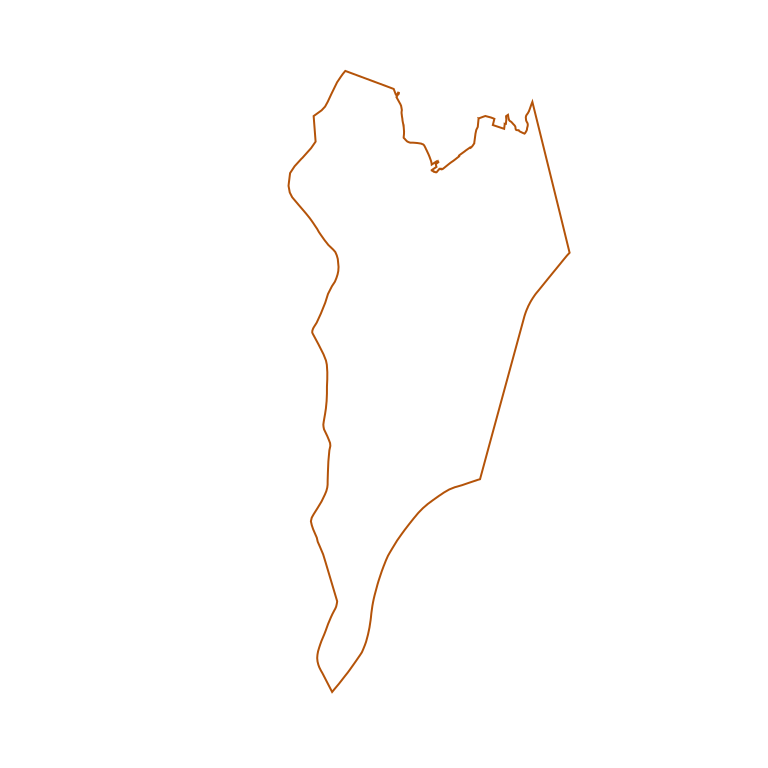 outline of Nissewaard, Zuid-Holland, Netherlands, rotated 105°
{"feature_id": "6326949B99166140133178", "entity_name": "Nissewaard", "entity_type": "district", "adm_level": 2, "iso_a3": "NLD", "parent_name": "Netherlands", "parent_adm1": "Zuid-Holland", "projection": "natural_earth1", "projection_center": [4.253, 51.828], "detail": "fine", "context": "isolated", "style": "outline", "palette": "amber", "viewbox_px": 768, "rotation_deg": 105, "n_neighbors": 0, "source": "geoboundaries", "source_scale": "gbopen_adm2", "svg_char_len": 5920}
<svg xmlns="http://www.w3.org/2000/svg" viewBox="0 0 768 768"><g transform="rotate(105 384 384)"><path d="M73.1,313.7L75.9,314.0L81.0,314.4L82.8,314.6L83.2,314.6L83.4,314.7L83.9,314.8L85.1,315.1L87.2,315.9L87.8,316.1L88.0,316.1L88.6,316.1L89.3,316.1L89.9,316.0L90.4,315.8L91.2,315.5L92.5,315.0L93.5,314.3L93.9,313.9L94.8,313.0L95.1,312.8L95.3,312.7L95.5,312.6L95.8,312.4L96.5,312.2L96.9,312.1L97.2,312.1L97.5,312.0L98.0,312.0L98.8,312.0L99.8,312.0L101.1,311.8L101.4,311.8L101.7,311.8L102.5,311.9L103.2,312.1L104.3,312.4L104.7,312.5L105.4,312.8L105.8,313.1L105.5,315.2L105.0,317.8L104.8,318.6L104.6,318.9L104.5,319.0L104.1,319.4L104.0,319.6L104.1,320.0L104.3,320.6L104.4,321.4L104.4,321.8L104.3,322.1L104.1,322.4L104.1,322.5L103.8,322.7L103.1,323.1L102.5,323.3L101.7,323.6L101.1,324.1L100.6,324.6L100.0,325.5L99.7,326.1L99.4,326.5L99.1,327.0L98.3,328.2L97.9,328.9L97.7,329.4L97.4,330.5L97.0,331.1L96.9,331.3L96.0,331.9L95.4,332.3L94.6,332.7L93.8,333.1L92.3,333.7L91.9,333.9L93.7,335.4L94.7,335.1L95.5,334.8L96.8,334.3L97.1,334.2L97.5,334.2L101.2,333.6L101.4,334.2L101.5,334.4L101.4,334.5L101.4,334.8L102.1,334.6L104.9,334.2L106.4,334.0L105.7,345.9L99.7,346.0L99.3,346.0L99.1,347.6L99.0,348.7L98.9,349.5L98.9,350.9L98.9,355.0L98.9,355.5L99.0,355.6L100.0,357.1L101.7,359.5L102.9,361.2L102.9,361.3L103.2,361.1L103.5,361.3L111.2,360.0L111.7,360.0L114.0,360.5L114.4,360.6L115.2,360.6L119.0,360.4L119.4,360.3L127.9,359.2L128.2,359.1L128.4,359.2L130.8,360.0L132.3,360.7L133.4,361.4L133.5,361.5L133.2,361.8L133.5,362.1L133.4,362.2L137.8,365.9L138.1,366.0L138.8,366.6L142.6,369.7L143.5,370.4L144.0,370.7L144.5,370.3L145.0,370.6L146.4,371.7L148.3,373.1L150.5,374.8L152.1,376.2L153.2,377.1L154.0,377.7L155.2,378.6L159.6,381.8L160.8,382.7L161.1,382.9L161.4,383.3L161.6,383.6L161.7,383.9L161.8,384.1L161.7,384.3L161.4,384.4L161.5,384.6L161.8,385.2L161.6,385.2L161.5,385.3L161.5,385.5L161.6,385.8L161.7,386.0L161.8,386.1L162.1,386.3L165.6,387.9L165.8,388.0L166.0,388.3L166.1,388.6L166.1,389.0L166.1,389.5L166.0,389.4L165.4,392.7L165.5,392.7L165.4,393.2L165.1,393.3L160.7,389.5L159.4,390.3L158.2,390.9L155.7,388.9L155.5,389.0L155.3,389.3L154.8,389.7L155.1,389.9L155.7,390.1L156.3,390.6L155.6,391.1L159.7,394.7L158.9,395.0L157.7,395.6L157.1,395.9L156.1,396.5L152.5,399.0L152.0,399.4L150.7,400.4L146.9,403.6L146.4,404.1L145.9,404.5L145.5,404.8L143.6,406.5L143.1,407.0L142.8,407.5L142.7,407.7L142.5,408.1L142.4,408.3L142.4,408.5L142.4,408.9L142.3,409.7L142.2,410.1L142.2,410.6L142.3,411.3L142.4,412.3L142.6,414.1L142.8,415.3L143.3,418.0L143.6,419.3L144.0,420.6L144.0,420.9L144.1,421.2L144.1,421.4L144.0,422.8L144.0,423.1L143.9,423.4L143.8,423.8L143.8,424.1L143.7,424.3L143.6,424.6L143.4,425.0L142.3,426.8L141.8,427.5L141.4,428.2L141.2,428.6L140.9,428.8L137.3,429.4L136.1,429.7L135.4,429.9L134.8,430.0L134.3,430.2L130.9,431.4L129.7,431.8L129.8,431.9L127.5,432.9L127.2,433.1L126.8,433.3L126.2,433.6L124.7,434.3L123.9,434.6L122.6,435.1L121.8,435.5L120.9,435.9L120.4,436.1L119.1,436.6L118.5,436.9L117.3,437.3L116.2,437.5L115.5,437.6L115.0,437.6L114.7,437.7L114.2,437.9L113.2,438.4L112.9,438.5L111.1,439.4L110.8,439.5L110.4,439.9L109.7,440.4L103.8,446.1L103.6,446.0L103.4,446.2L101.0,445.5L100.5,445.2L100.3,445.1L100.1,445.5L99.9,445.4L99.8,445.2L99.6,445.0L99.6,444.9L99.2,444.9L98.9,445.0L98.9,445.7L99.0,445.7L99.1,445.8L99.6,445.9L99.9,446.0L100.6,446.2L101.3,446.4L101.7,446.6L101.5,447.4L96.5,451.0L96.1,454.9L91.6,502.4L95.1,504.0L98.6,505.3L104.7,507.4L117.5,509.9L126.0,511.4L131.3,512.7L135.8,515.1L143.4,521.3L167.6,512.8L175.1,515.5L186.8,521.4L187.7,522.0L196.8,526.7L204.6,529.3L214.7,527.9L217.3,527.5L223.4,524.6L227.4,521.0L233.1,512.8L239.4,503.6L240.7,501.8L243.2,498.4L245.6,495.5L246.7,494.2L249.6,490.9L251.5,488.7L253.9,486.4L256.4,483.5L259.9,479.3L260.7,478.3L264.2,473.6L267.3,467.9L269.1,465.2L272.0,462.9L275.2,461.0L282.7,458.2L286.7,457.4L290.2,457.2L294.0,457.4L297.9,457.9L303.0,459.6L311.5,461.4L320.7,461.8L332.2,463.2L342.2,464.9L347.6,466.6L349.3,466.9L351.1,467.0L352.7,466.7L353.6,466.1L362.5,457.7L371.0,450.1L376.4,446.1L380.2,444.2L387.3,441.8L394.2,440.0L401.4,438.4L408.2,436.6L415.4,435.0L422.6,433.8L427.9,433.2L435.7,432.5L438.9,432.1L441.1,431.3L443.3,430.2L449.0,425.3L452.5,422.6L455.0,420.8L457.7,419.8L462.2,419.6L473.2,417.7L483.5,415.4L491.6,413.5L495.9,412.4L498.8,412.0L502.5,412.0L506.2,412.5L513.5,413.9L520.8,416.0L528.2,418.3L531.8,419.2L535.5,419.1L539.1,417.2L542.7,414.8L549.9,409.1L553.5,407.2L557.1,404.3L564.3,398.7L571.5,394.2L606.0,373.0L607.5,372.8L608.7,372.7L611.0,372.6L611.5,372.6L613.5,372.9L616.0,373.5L619.6,374.3L623.1,374.9L626.7,375.4L630.3,375.9L637.5,376.5L641.2,376.9L648.4,377.9L652.0,378.2L655.6,378.4L659.3,378.5L662.8,378.2L666.0,377.6L669.2,376.4L672.1,374.8L674.5,373.1L677.1,370.8L679.3,368.6L694.9,354.4L691.6,352.9L688.4,351.4L685.4,350.0L675.7,345.9L672.5,344.5L669.2,343.2L659.2,339.5L651.6,336.8L648.8,335.9L645.4,335.4L641.3,334.9L637.7,334.6L634.0,334.6L630.4,334.6L626.5,334.8L623.0,335.0L619.4,335.4L615.8,335.8L612.9,336.2L608.6,336.9L601.3,337.8L597.6,338.1L594.0,338.3L590.4,338.4L586.8,338.4L583.1,338.4L579.5,338.4L575.8,338.3L572.1,338.1L565.4,337.7L561.2,337.3L560.0,337.2L558.5,337.0L554.0,336.5L548.9,335.7L545.1,334.7L541.2,333.6L531.7,330.8L524.9,328.3L519.7,326.3L512.5,323.3L506.3,320.6L499.8,317.6L497.8,316.5L493.9,314.3L488.6,310.7L483.2,306.4L478.0,302.1L476.1,300.4L473.4,298.1L469.0,293.7L465.4,288.9L464.3,287.0L462.1,283.4L461.7,282.7L460.9,281.5L458.0,277.2L452.3,268.6L451.1,266.6L416.2,266.5L284.1,265.9L282.2,265.9L280.1,265.8L278.6,265.7L276.4,265.5L274.8,265.3L273.7,265.1L271.4,264.8L269.2,264.3L267.3,263.9L266.2,263.6L265.0,263.3L263.8,262.9L262.7,262.6L261.6,262.2L260.4,261.8L259.3,261.4L258.2,261.0L256.8,260.4L255.7,259.9L254.0,259.1L239.6,252.7L233.6,250.0L225.4,246.3L217.8,242.9L215.2,241.7L213.0,240.7L211.8,240.1L209.2,238.7L172.6,258.8L73.1,313.7Z" fill="none" stroke="#b45309" stroke-width="2"/></g></svg>